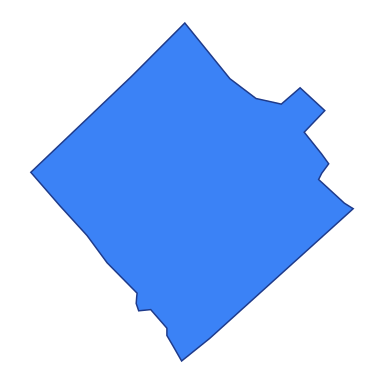 outline of Lolua, Tuvalu
{"feature_id": "33948139B18682129171458", "entity_name": "Lolua", "entity_type": "district", "adm_level": 2, "iso_a3": "TUV", "parent_name": "Tuvalu", "parent_adm1": "", "projection": "robinson", "projection_center": [176.115, -5.674], "detail": "fine", "context": "isolated", "style": "filled", "palette": "blue", "viewbox_px": 384, "rotation_deg": 0, "n_neighbors": 0, "source": "geoboundaries", "source_scale": "gbopen_adm2", "svg_char_len": 471}
<svg xmlns="http://www.w3.org/2000/svg" viewBox="0 0 384 384"><path d="M30.8,172.3L60.0,205.9L87.1,235.6L107.1,262.8L137.1,293.2L136.7,296.7L136.2,303.5L138.7,310.8L150.7,309.6L166.9,328.2L166.9,335.5L173.1,346.1L181.6,361.0L209.8,338.3L353.2,208.7L344.4,203.2L318.6,179.5L321.7,173.3L328.7,163.8L321.7,154.1L304.2,132.2L324.8,110.6L300.1,87.8L281.3,104.1L256.0,98.5L229.9,78.7L184.8,23.0L131.5,76.4L30.8,172.3Z" fill="#3b82f6" stroke="#1e3a8a" stroke-width="1.5"/></svg>